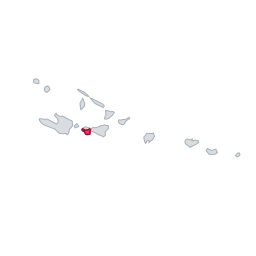 location of North West Malekula, Malampa, Vanuatu, rotated 309°
{"feature_id": "77236927B23242879306276", "entity_name": "North West Malekula", "entity_type": "district", "adm_level": 2, "iso_a3": "VUT", "parent_name": "Vanuatu", "parent_adm1": "Malampa", "projection": "albers", "projection_center": [167.222, -16.023], "detail": "fine", "context": "in_parent", "style": "filled", "palette": "rose", "viewbox_px": 256, "rotation_deg": 309, "n_neighbors": 0, "source": "geoboundaries", "source_scale": "gbopen_adm2", "svg_char_len": 3771}
<svg xmlns="http://www.w3.org/2000/svg" viewBox="0 0 256 256"><g transform="rotate(309 128 128)"><path d="M84.1,59.6L86.1,70.1L88.4,70.0L89.6,69.5L90.9,67.0L91.5,63.1L92.7,62.6L94.2,63.0L93.6,64.2L94.0,67.3L95.2,69.0L96.0,69.3L97.5,77.4L98.1,79.1L98.0,80.5L94.8,83.5L90.0,83.4L86.6,85.2L84.5,85.1L84.6,83.1L82.7,81.4L80.6,78.0L81.1,71.8L77.4,60.3L77.3,57.5L78.6,53.7L79.8,53.5L81.5,56.7L84.1,59.6ZM104.5,99.9L105.9,100.5L106.7,100.5L107.2,102.1L111.5,105.2L112.7,105.1L113.7,106.8L115.6,107.6L116.1,109.4L117.4,111.1L115.1,113.2L110.6,112.7L108.0,115.1L105.6,114.4L105.2,113.2L105.6,112.8L104.2,109.5L103.5,104.6L102.6,101.7L101.6,100.5L99.5,101.6L98.6,101.7L96.6,99.4L97.5,94.5L98.0,93.2L99.7,92.9L102.2,94.2L104.5,99.9ZM162.3,190.5L160.9,192.0L159.7,191.8L151.8,188.2L152.2,186.7L151.9,183.0L152.8,181.0L154.9,180.2L156.6,180.6L157.6,183.6L160.0,184.8L158.3,185.9L161.1,188.1L162.3,190.5ZM135.8,145.9L138.8,150.4L140.0,150.8L138.1,154.0L134.3,154.3L129.9,153.4L131.5,152.3L130.7,151.1L129.3,150.8L127.8,151.4L127.1,151.2L128.1,149.1L130.6,146.2L131.3,146.0L132.0,145.9L132.6,146.2L135.8,145.9ZM131.5,107.6L128.0,107.9L123.1,106.9L121.1,105.5L120.3,104.1L122.0,103.1L124.4,102.6L127.5,99.5L128.5,100.7L129.6,104.2L130.8,105.3L131.5,106.4L131.5,107.6ZM166.8,209.6L165.2,213.0L162.4,212.2L159.9,209.6L158.6,207.4L159.5,203.3L160.8,202.6L162.2,202.8L162.9,206.9L166.8,209.6ZM129.0,95.9L128.5,96.0L128.0,94.5L126.3,86.7L127.4,79.8L128.1,81.3L130.7,93.5L130.3,95.5L129.0,95.9ZM136.0,121.7L136.9,122.1L136.4,123.4L132.2,121.9L128.8,122.5L127.9,122.4L126.9,121.2L126.2,118.8L126.5,117.1L127.9,115.9L128.5,115.7L129.5,117.2L130.5,118.2L131.4,118.6L133.5,121.0L136.0,121.7ZM119.8,78.9L117.8,80.4L114.0,80.2L112.6,79.4L117.2,75.0L122.6,74.1L119.8,78.9ZM109.9,41.6L108.6,43.2L105.1,42.7L104.3,42.2L104.5,39.6L105.4,38.6L107.5,37.8L110.3,39.1L109.9,41.6ZM107.0,30.4L106.5,30.7L105.8,30.4L104.0,26.6L104.4,25.3L106.7,24.1L108.8,26.2L109.0,27.4L108.9,28.4L108.6,29.3L107.3,29.6L107.0,30.4ZM128.3,75.6L127.8,77.5L126.6,75.2L125.8,65.6L126.1,64.7L126.8,64.7L128.3,71.4L128.3,75.6ZM178.7,230.2L177.6,231.9L176.0,231.9L173.9,230.6L174.3,229.1L176.7,228.8L177.4,228.9L178.7,230.2ZM98.6,88.0L98.1,88.9L94.8,86.8L95.6,84.8L99.1,85.5L98.6,88.0Z" fill="#d9dde1" stroke="#a8b0b8" stroke-width="1"/><path d="M102.1,98.2L101.9,98.2L101.6,98.1L101.2,97.8L100.9,97.6L100.7,97.4L100.5,97.1L100.4,97.0L100.4,96.9L100.2,96.9L99.9,96.9L99.8,96.7L100.0,96.7L99.9,96.6L99.7,96.5L99.7,96.4L99.4,96.3L99.4,96.2L99.2,96.1L99.2,95.9L99.3,95.9L99.3,95.7L99.2,95.7L99.1,95.8L98.9,95.8L98.8,95.7L98.9,95.4L99.0,95.4L99.3,95.2L99.3,94.9L99.2,94.7L99.1,94.4L99.1,94.2L99.0,93.9L99.0,93.7L98.9,93.7L98.8,93.4L98.7,93.2L98.4,93.2L98.4,93.3L98.3,93.2L98.2,93.3L97.9,93.4L97.7,93.4L97.6,93.5L97.4,93.7L97.4,93.8L97.3,94.1L97.3,94.3L97.3,94.5L97.3,94.8L97.4,95.0L97.5,95.2L97.5,95.3L97.5,95.5L97.6,95.8L97.7,96.0L97.8,96.1L97.7,96.2L97.7,96.3L97.6,96.5L97.5,96.8L97.4,97.0L97.3,97.3L97.3,97.5L97.2,97.7L97.2,97.8L97.0,98.0L96.9,98.1L96.8,98.3L96.8,98.5L96.7,98.7L96.7,98.8L96.7,99.0L96.7,99.3L96.8,99.4L96.7,99.5L96.8,99.7L97.0,99.7L97.1,99.8L97.3,100.0L97.4,100.3L97.4,100.5L97.5,100.8L97.7,101.1L97.8,101.2L97.8,101.3L97.8,101.2L98.0,101.1L98.3,101.2L98.4,101.3L98.5,101.3L98.7,101.5L98.7,101.4L98.8,101.4L99.0,101.5L99.2,101.8L99.2,102.0L99.4,102.0L99.6,102.1L99.8,102.0L99.9,101.9L100.0,101.8L100.1,101.7L100.3,101.6L100.5,101.5L100.5,101.4L100.8,101.2L100.8,100.9L101.0,100.8L101.0,100.7L101.3,100.7L101.5,100.6L101.7,100.4L101.8,100.4L102.0,100.3L102.2,100.2L102.3,100.2L102.5,100.1L102.7,99.9L102.8,99.9L103.0,99.9L103.0,99.7L103.1,99.3L103.2,99.2L103.2,98.9L102.9,99.0L102.8,98.9L102.7,98.9L102.6,98.7L102.4,98.5L102.3,98.4L102.2,98.4L102.1,98.2Z" fill="#f43f5e" stroke="#9f1239" stroke-width="1.5"/></g></svg>